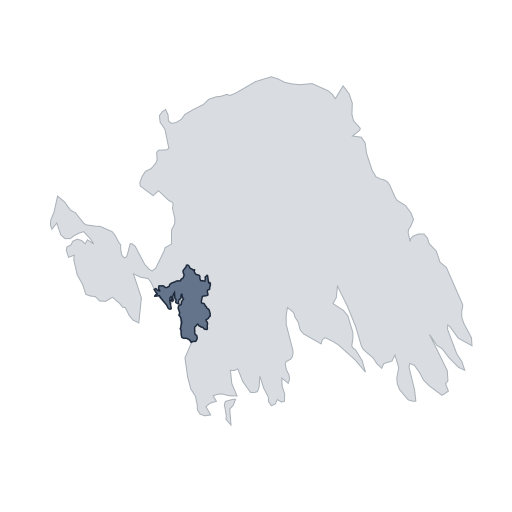 where Sligo sits in Ireland, rotated 259°
{"feature_id": "IRL-728", "entity_name": "Sligo", "entity_type": "County", "adm_level": 1, "iso_a3": "IRL", "parent_name": "Ireland", "parent_adm1": "", "projection": "robinson", "projection_center": [-8.586, 54.193], "detail": "fine", "context": "in_parent", "style": "filled", "palette": "slate", "viewbox_px": 512, "rotation_deg": 259, "n_neighbors": 0, "source": "natural_earth", "source_scale": "10m", "svg_char_len": 7661}
<svg xmlns="http://www.w3.org/2000/svg" viewBox="0 0 512 512"><g transform="rotate(259 256 256)"><path d="M332.9,87.0L320.7,93.3L318.8,95.7L315.4,105.6L315.0,108.4L307.3,119.5L303.0,121.7L296.5,123.5L292.8,125.3L288.1,124.4L282.2,124.5L279.3,126.5L279.4,128.0L281.2,129.7L292.1,134.8L291.5,136.9L288.5,139.3L268.9,145.2L263.1,148.8L261.1,151.2L263.2,155.2L278.8,167.0L281.5,168.3L283.8,175.2L297.7,178.1L303.3,182.4L308.2,183.5L318.8,183.1L323.1,184.7L325.4,183.5L326.8,181.2L338.6,172.8L334.9,166.5L346.7,155.8L350.0,155.9L355.6,159.2L360.3,163.7L361.8,169.8L366.2,175.3L369.1,177.2L376.7,178.3L378.5,180.5L377.2,188.4L378.4,191.0L397.8,190.8L405.5,187.4L412.2,188.0L415.6,191.6L417.1,195.2L411.3,196.6L405.3,195.8L402.4,198.2L402.2,202.9L404.4,208.8L408.5,213.1L411.8,222.6L414.7,233.2L418.9,239.6L419.9,247.5L419.4,251.4L420.2,258.4L418.5,260.9L419.9,267.5L427.3,288.7L429.0,305.2L425.6,311.4L421.0,317.3L418.0,324.3L415.8,331.8L414.5,344.0L404.5,358.2L400.3,361.7L395.3,363.9L406.4,373.9L397.5,378.3L387.7,379.7L376.8,377.2L370.1,377.5L361.5,382.7L359.6,381.8L355.4,373.6L352.5,382.0L346.3,384.7L335.6,384.1L317.7,386.4L310.9,388.8L308.0,392.6L305.9,396.9L303.2,399.5L300.0,400.8L286.2,404.0L283.5,405.3L277.1,412.3L268.7,416.4L261.8,417.6L255.6,413.5L253.1,411.0L250.2,409.8L240.7,410.0L243.7,411.3L245.6,414.1L246.6,419.7L245.5,425.1L240.8,427.8L235.2,428.3L226.4,433.9L214.7,435.5L208.4,440.7L169.8,449.4L167.6,449.5L162.3,447.3L156.5,446.3L150.7,447.0L134.5,451.9L126.7,450.9L136.8,438.8L150.2,432.6L151.6,430.9L147.2,430.1L121.7,434.4L112.8,438.0L104.0,439.1L108.1,433.5L119.6,425.9L129.5,421.0L133.8,416.5L145.8,411.4L107.0,421.9L96.9,420.6L94.5,417.7L86.6,419.1L83.7,412.0L95.5,401.3L102.4,396.7L110.5,394.3L118.3,390.7L121.3,386.4L117.6,385.0L94.2,386.1L83.0,385.2L83.7,381.7L85.8,377.9L97.4,371.4L103.7,370.3L109.3,370.9L119.2,374.8L132.3,373.5L126.9,369.4L126.0,360.9L121.8,358.0L127.2,354.1L133.3,351.7L143.6,343.6L147.3,342.3L167.5,340.4L189.3,336.1L211.0,330.2L199.9,326.9L194.6,322.5L186.0,331.3L179.9,334.7L162.5,336.5L157.0,335.5L149.3,332.8L146.9,333.8L144.7,335.9L133.2,340.2L121.1,341.3L135.2,333.4L153.0,319.9L157.0,315.7L162.7,308.3L161.0,305.0L157.3,303.2L170.3,288.0L174.8,285.3L183.0,284.8L189.1,282.4L191.8,282.4L194.1,281.5L199.4,277.0L191.3,274.1L182.9,272.6L156.8,274.2L153.4,273.8L150.1,272.4L148.1,270.4L146.5,265.3L144.6,264.1L138.7,264.1L132.9,265.7L128.9,265.5L124.9,263.3L131.3,258.0L123.1,256.8L114.9,257.8L108.0,256.2L107.8,252.9L111.0,249.6L106.9,246.5L106.1,242.5L110.5,240.6L115.2,241.2L124.9,238.3L137.3,236.9L126.7,234.0L122.5,231.5L122.3,227.7L123.2,224.5L135.5,219.0L148.7,216.6L147.7,213.0L148.7,209.1L135.4,207.9L122.3,210.7L123.8,203.2L127.0,196.5L127.6,192.1L127.0,187.3L120.9,189.4L120.2,182.7L117.7,178.1L108.6,181.2L108.9,175.2L111.5,170.9L116.3,169.1L120.9,169.9L129.7,169.8L138.1,166.6L150.2,165.8L169.5,166.8L182.8,175.8L186.2,174.2L191.5,168.5L194.0,167.9L214.0,170.4L226.4,173.6L229.8,172.6L228.0,166.3L223.7,161.9L229.1,156.2L235.6,152.4L240.0,150.4L250.0,148.0L254.4,145.8L257.3,138.4L261.9,132.3L236.7,135.5L212.7,128.2L216.5,123.1L221.6,120.2L230.3,117.9L231.2,115.3L235.6,113.0L242.9,107.2L240.2,99.6L241.6,94.0L246.8,90.5L248.5,85.4L250.8,81.7L261.4,80.3L271.7,76.9L287.4,76.4L291.5,77.8L290.5,71.7L298.0,70.9L300.9,72.1L302.2,76.4L305.6,79.2L306.6,84.0L304.4,87.8L300.6,90.6L304.1,93.6L298.8,99.0L304.6,96.6L312.8,91.4L312.3,87.2L310.9,81.8L308.5,77.0L309.5,71.7L314.1,68.4L326.3,66.7L321.2,60.7L325.7,60.1L330.5,61.4L337.6,66.1L352.7,72.7L345.5,78.5L336.4,82.6L332.9,87.0ZM119.7,205.7L119.3,208.6L113.6,205.0L110.8,201.0L94.8,199.2L101.5,195.3L104.7,196.4L116.0,196.6L119.1,198.2L119.7,205.7Z" fill="#d9dde1" stroke="#a8b0b8" stroke-width="1"/><path d="M183.7,180.3L184.0,178.9L184.1,177.5L183.6,176.0L185.4,175.4L187.1,174.1L188.5,172.1L189.0,169.4L190.2,167.7L192.8,167.5L197.6,168.3L198.1,168.2L198.6,167.9L199.0,167.7L199.9,168.3L201.2,168.9L202.5,169.3L204.2,170.2L205.4,170.4L209.3,170.4L211.0,170.0L212.6,169.0L214.8,170.3L219.5,169.6L221.7,170.4L222.2,171.4L222.4,172.5L222.9,173.5L225.1,174.2L226.0,174.8L227.7,176.7L228.7,176.1L229.9,175.9L232.5,176.0L232.5,175.3L231.3,174.9L229.9,174.5L228.7,174.0L228.2,172.9L227.7,172.1L226.5,171.5L225.1,171.2L223.9,171.2L223.9,170.4L224.4,169.9L225.3,168.7L226.0,168.3L227.7,169.0L228.8,169.2L229.2,168.7L230.1,168.3L235.7,169.0L234.4,167.8L233.0,167.0L231.5,166.5L230.0,166.3L228.4,166.4L227.9,166.1L227.6,165.3L228.1,164.2L229.0,164.5L230.9,165.6L232.4,164.9L231.8,164.0L230.2,163.2L228.5,162.8L220.7,162.8L220.3,162.5L220.2,161.5L220.5,160.7L221.3,160.0L222.2,159.6L224.5,159.1L233.6,154.2L234.9,153.9L235.4,153.6L235.6,152.8L235.6,150.8L235.9,149.0L236.5,149.3L237.1,150.4L237.3,151.1L237.6,151.1L237.8,151.8L240.1,150.6L242.4,149.7L242.6,149.7L242.6,149.8L243.1,151.3L242.6,151.9L242.0,152.2L241.3,152.7L240.3,154.0L240.1,154.6L240.2,154.9L240.6,154.9L241.0,154.8L241.6,154.3L242.0,154.2L242.5,154.2L244.6,154.7L245.1,155.1L245.2,155.5L245.1,155.9L245.0,156.2L244.8,156.8L244.6,158.6L244.4,159.3L244.1,159.7L243.8,159.9L243.4,160.1L243.0,160.4L242.6,160.8L242.2,161.5L242.1,162.1L242.1,162.5L242.7,164.6L242.9,165.0L243.2,165.3L243.6,165.4L244.2,165.7L244.8,166.3L245.5,167.9L245.7,168.9L245.9,170.5L246.1,171.3L246.4,172.5L246.6,173.1L246.6,173.7L246.3,175.5L246.0,176.7L246.1,177.1L246.3,177.4L247.2,177.8L247.7,178.4L247.9,178.9L247.9,179.6L248.1,179.9L248.3,180.2L250.7,181.7L251.1,181.8L251.6,181.8L253.4,181.4L253.9,181.4L254.4,181.4L254.9,181.5L255.4,181.6L255.7,181.8L256.0,182.1L258.4,184.9L259.0,185.4L260.2,186.0L260.2,187.1L259.9,187.6L259.5,188.0L258.7,188.4L257.2,188.8L256.4,189.1L256.1,189.6L255.7,190.3L255.3,190.8L254.5,191.3L254.3,191.7L254.2,192.1L254.3,192.5L254.3,193.0L254.0,193.1L253.7,192.9L253.1,192.5L252.5,192.4L251.7,192.5L250.1,193.2L249.4,193.7L249.0,194.2L248.6,195.3L248.1,196.2L247.7,196.6L247.5,196.8L246.6,197.0L246.1,196.9L245.1,196.7L244.5,196.6L243.7,196.7L242.4,197.1L242.1,197.4L242.1,197.7L242.1,198.2L242.0,198.8L241.4,199.9L241.3,200.4L241.1,200.8L241.3,201.1L241.6,201.2L243.1,201.9L243.6,202.0L244.6,202.0L245.0,202.1L245.2,202.3L245.4,202.7L245.5,203.0L245.7,203.4L246.2,203.9L246.4,204.3L246.2,204.5L245.8,204.7L239.5,204.4L238.7,204.5L238.3,204.7L238.1,205.0L238.4,205.1L238.6,205.2L238.8,205.5L238.6,205.7L238.2,205.8L237.7,205.9L237.2,205.9L236.7,205.8L235.8,205.5L234.1,204.6L232.8,204.3L232.4,204.2L232.1,203.9L232.0,203.5L231.9,202.7L231.8,202.3L231.6,202.0L231.4,201.8L231.0,201.6L230.6,201.4L228.0,201.5L227.5,201.5L226.8,201.2L226.5,199.6L226.7,196.6L226.6,195.9L226.3,195.5L222.0,193.7L221.4,193.6L220.9,193.6L220.5,193.7L220.1,193.9L219.8,194.2L219.7,194.5L219.6,195.3L219.4,195.6L219.2,195.9L218.8,196.1L218.5,196.3L216.8,196.7L216.5,196.9L216.1,197.3L215.7,197.6L214.8,197.7L214.2,197.9L213.8,198.1L213.2,199.0L212.6,199.5L211.8,199.7L208.4,200.0L206.2,199.7L205.8,199.5L205.5,199.3L205.0,198.2L203.9,197.4L203.7,197.1L203.3,195.9L203.3,195.5L203.1,195.0L202.8,194.8L202.3,194.8L201.9,194.8L200.6,195.4L200.1,195.5L199.2,195.6L198.6,195.5L197.2,194.8L194.5,194.5L193.8,194.3L193.3,194.0L193.3,193.6L193.3,193.2L193.5,192.8L193.9,191.8L194.2,191.3L194.4,191.1L194.7,190.9L195.8,190.4L196.1,190.2L196.3,189.9L196.5,189.5L196.5,189.1L196.6,188.8L196.8,188.5L197.1,188.2L197.4,188.0L197.7,187.8L198.0,187.0L198.2,186.8L198.5,186.6L199.9,186.2L200.2,186.0L200.3,185.6L200.1,185.2L199.1,184.1L198.8,183.7L198.2,182.7L197.8,182.3L197.1,182.0L192.0,181.2L191.5,181.2L190.6,181.4L190.2,181.7L190.0,181.9L189.8,182.2L189.5,182.5L189.1,182.6L188.5,182.7L186.8,182.6L186.3,182.5L185.8,182.3L183.9,180.8L183.7,180.3L183.7,180.3Z" fill="#64748b" stroke="#1e293b" stroke-width="1.5"/></g></svg>